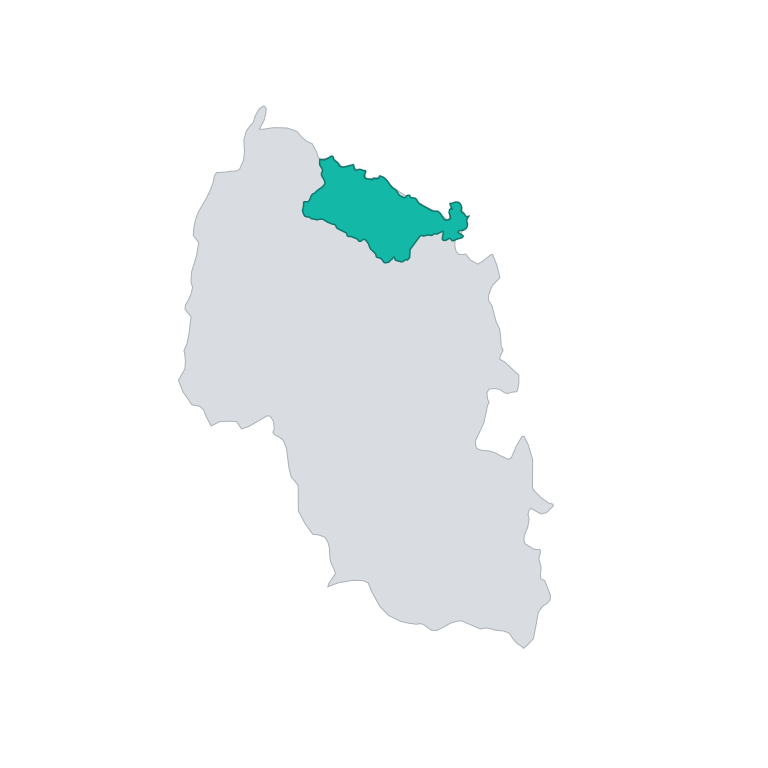 Czechia, with Ústecký highlighted, rotated 54°
{"feature_id": "CZE-10368", "entity_name": "Ústecký", "entity_type": "Region", "adm_level": 1, "iso_a3": "CZE", "parent_name": "Czechia", "parent_adm1": "", "projection": "mercator", "projection_center": [13.915, 50.559], "detail": "fine", "context": "in_parent", "style": "filled", "palette": "teal", "viewbox_px": 768, "rotation_deg": 54, "n_neighbors": 0, "source": "natural_earth", "source_scale": "10m", "svg_char_len": 6787}
<svg xmlns="http://www.w3.org/2000/svg" viewBox="0 0 768 768"><g transform="rotate(54 384 384)"><path d="M679.9,426.5L677.7,426.7L672.7,428.7L666.2,429.5L659.2,429.1L653.8,432.7L648.7,438.6L643.4,442.6L640.5,446.3L638.9,450.0L621.0,460.6L618.5,465.0L616.5,471.0L615.7,479.2L614.4,486.4L611.3,490.3L601.7,493.5L599.3,495.3L597.4,499.0L592.0,504.7L585.7,510.1L574.0,516.3L561.5,518.1L545.1,516.1L535.6,513.7L531.0,516.4L524.6,524.4L517.8,538.2L515.0,548.6L512.8,545.7L508.9,534.7L504.4,533.3L498.4,532.2L493.9,530.6L484.1,524.3L479.0,522.4L473.3,521.8L467.7,525.6L463.6,530.0L450.6,529.9L436.3,527.9L416.0,513.3L410.7,513.1L405.0,513.8L396.2,510.3L378.9,500.8L370.8,498.6L365.7,500.0L361.1,502.1L357.7,502.3L355.8,499.2L349.4,495.4L343.0,495.0L341.1,497.3L338.9,518.2L336.7,525.7L327.9,525.3L324.7,528.9L317.8,538.9L316.4,548.6L304.4,546.7L298.7,545.1L293.6,546.3L288.0,551.6L272.4,551.3L260.1,548.1L254.8,536.2L249.1,531.4L242.0,527.2L239.5,526.3L235.6,519.7L228.1,511.6L216.1,500.5L206.7,501.1L203.2,498.1L201.7,494.1L197.7,487.0L193.3,482.1L188.0,480.2L180.3,473.9L170.1,460.3L160.7,450.8L151.6,450.9L145.8,446.0L140.0,439.5L135.7,433.1L129.0,417.8L124.1,409.0L120.3,403.6L116.0,399.0L114.5,395.4L119.7,387.2L121.6,383.1L123.9,380.0L125.2,376.7L125.1,374.2L120.4,366.1L113.9,360.2L104.5,354.2L98.4,346.7L96.2,339.7L95.6,335.9L91.4,330.8L88.1,323.2L88.1,318.6L88.9,317.4L92.0,317.4L95.5,320.5L100.5,326.5L104.5,335.2L107.0,331.8L111.7,322.6L119.9,312.0L128.4,306.0L136.0,305.5L142.2,303.9L147.4,300.9L156.4,302.1L162.9,304.2L165.1,302.9L167.7,297.4L169.4,292.7L183.9,289.9L188.8,280.7L191.6,280.8L194.8,279.4L197.9,276.0L200.9,274.5L203.2,276.2L206.3,277.4L209.5,275.2L214.2,264.7L216.8,263.0L229.5,261.4L246.9,255.2L255.6,249.7L264.2,246.7L273.5,241.3L288.2,236.1L288.9,234.0L282.0,228.6L279.8,225.2L278.2,221.7L280.6,217.9L283.8,216.7L288.0,218.3L300.3,220.6L303.7,222.8L304.9,228.3L308.0,233.3L310.5,233.9L309.6,242.1L313.5,245.3L319.3,247.8L323.0,247.3L325.8,243.9L326.8,241.6L334.4,241.3L342.0,237.8L342.7,232.1L342.2,221.5L343.0,220.0L354.6,223.0L366.2,227.8L367.9,238.3L371.0,243.5L374.6,248.2L378.2,250.3L384.3,250.7L400.1,256.9L407.7,258.2L415.4,262.5L422.0,266.9L426.8,267.8L429.0,272.6L431.9,275.9L437.1,273.4L456.1,269.8L462.9,274.6L467.5,279.6L468.2,281.2L465.7,285.6L464.6,289.0L462.6,291.3L456.1,293.7L452.4,297.6L449.8,301.9L451.6,305.9L456.9,309.0L460.6,309.7L462.1,312.7L474.1,326.0L483.7,343.3L487.4,346.0L490.9,346.7L495.0,344.1L499.7,338.5L505.2,334.4L509.9,332.3L518.2,327.5L518.5,324.4L511.6,312.7L507.6,303.1L508.6,301.4L517.4,302.9L532.4,308.1L555.5,325.1L559.7,325.1L567.8,323.8L576.6,321.1L580.7,317.9L582.3,319.1L583.6,328.4L581.3,333.5L570.8,338.4L571.4,340.9L574.1,344.1L578.9,346.2L584.6,352.2L588.6,359.1L592.1,362.3L595.9,363.8L605.4,360.1L608.2,357.2L609.4,355.2L611.2,355.6L614.6,359.0L615.6,361.0L624.9,364.8L630.2,369.5L633.7,371.7L637.5,369.6L652.2,373.3L656.2,376.4L657.5,381.6L656.8,384.8L659.1,393.0L677.7,412.5L679.7,422.5L679.9,426.5Z" fill="#d9dde1" stroke="#a8b0b8" stroke-width="1"/><path d="M283.8,216.4L287.1,217.5L287.7,218.1L288.2,218.8L288.8,219.6L289.7,220.1L290.7,220.1L293.1,219.1L296.3,219.2L297.3,218.7L298.1,216.8L298.6,218.0L298.8,218.8L299.1,219.6L299.9,220.8L301.0,221.6L303.4,222.2L304.4,223.0L305.5,224.3L306.2,225.4L306.4,226.8L306.3,228.9L305.6,230.5L304.5,232.5L304.1,234.2L305.1,235.0L309.9,233.0L311.0,233.0L311.5,234.6L311.0,236.5L309.5,240.0L309.2,242.4L309.1,242.8L308.9,243.6L308.6,244.1L308.3,244.4L307.9,244.7L305.2,244.9L304.9,245.2L304.6,245.7L304.4,246.4L304.3,248.5L304.0,249.6L303.5,250.5L303.0,251.2L302.3,251.6L301.6,251.8L300.8,251.6L296.3,246.9L295.6,246.6L295.2,246.7L294.8,247.4L293.8,253.1L292.7,254.2L292.3,254.7L292.0,255.3L291.9,256.0L291.9,257.5L291.8,258.1L291.5,258.6L289.6,260.4L289.2,260.9L287.6,265.1L286.3,265.9L285.9,266.3L285.6,266.8L285.5,267.5L285.6,268.2L290.5,283.8L296.8,289.0L297.5,292.1L296.9,292.5L296.6,293.0L296.3,293.6L296.2,294.0L296.1,294.7L296.1,295.5L296.0,296.6L295.7,297.7L295.5,298.1L295.4,298.3L294.8,298.7L294.1,299.1L291.6,301.3L290.8,301.7L290.3,301.9L289.8,301.9L289.4,301.8L288.2,301.2L287.5,301.1L287.2,301.4L287.1,301.9L287.2,302.5L287.6,303.7L287.8,304.2L287.8,304.8L287.7,305.6L287.7,306.1L287.8,306.6L288.1,307.5L288.2,308.0L288.2,308.5L288.2,308.8L287.7,309.5L287.6,309.8L287.4,310.4L287.1,311.1L286.4,312.1L285.7,312.5L285.0,312.6L283.5,312.5L281.0,312.7L280.3,312.9L279.6,313.4L277.7,315.0L277.1,315.3L276.6,315.4L273.7,314.3L266.8,315.5L265.1,315.3L263.0,314.6L260.9,314.1L257.2,314.3L256.1,314.5L255.4,314.8L255.1,315.4L254.9,316.0L254.8,316.8L254.8,317.4L254.9,318.2L254.8,318.7L254.7,319.2L254.1,320.0L253.5,320.3L252.7,320.4L251.5,320.3L250.7,320.6L245.5,323.9L245.0,324.5L244.4,325.2L243.9,325.8L243.0,326.5L242.3,326.6L241.7,326.4L241.1,326.0L240.4,325.7L239.6,325.7L231.3,330.1L229.7,330.5L229.3,330.5L228.9,330.4L228.4,330.1L227.8,330.0L226.9,330.0L226.1,330.2L225.5,330.6L225.2,330.9L224.4,331.7L220.6,334.2L215.5,336.3L214.5,336.9L214.0,337.5L212.8,339.3L212.0,341.3L211.1,342.4L210.1,343.1L207.8,345.4L207.0,345.8L205.6,346.2L204.5,346.8L203.6,348.1L201.7,349.4L200.5,349.4L196.6,348.4L195.8,348.0L195.2,347.4L194.2,346.1L193.4,345.2L192.4,344.2L190.6,342.9L189.9,342.2L189.6,341.8L189.8,341.2L190.0,340.9L191.2,339.3L191.6,338.7L191.9,338.1L191.7,337.0L191.1,335.5L189.2,332.6L188.6,331.2L188.3,330.1L188.5,329.5L188.7,328.8L188.8,328.1L188.6,326.6L188.3,324.9L188.2,323.3L188.2,322.4L188.3,319.4L188.3,318.2L188.1,317.0L187.7,315.2L187.3,314.3L186.7,313.7L185.4,312.9L182.9,312.3L180.2,312.2L178.0,311.7L176.9,310.9L176.3,310.0L175.7,308.8L175.2,308.3L174.7,307.8L169.0,307.2L167.5,306.3L164.5,303.9L166.4,302.0L167.7,300.5L168.3,298.0L168.8,292.4L169.6,291.8L170.3,291.7L171.0,291.8L171.7,292.3L172.5,292.6L173.3,292.6L174.1,292.6L174.9,292.4L177.4,291.5L182.0,291.8L184.2,290.1L185.5,287.8L188.4,280.0L190.1,280.2L191.5,281.2L193.0,281.8L194.8,280.9L195.7,278.1L196.2,277.2L199.5,274.9L200.1,274.3L200.1,273.8L200.4,273.6L201.4,274.0L201.9,274.5L203.1,276.6L203.7,277.4L205.7,278.3L207.3,277.9L208.8,276.5L210.3,274.6L211.2,274.1L211.7,273.5L211.8,272.7L211.3,271.6L212.7,270.4L213.9,268.9L214.3,267.1L213.2,264.9L216.8,262.8L220.8,262.0L228.7,262.0L230.4,261.7L233.7,260.5L235.6,260.3L239.7,260.7L241.2,260.4L243.8,258.8L244.3,258.8L244.8,258.6L245.4,257.8L245.5,257.0L245.3,256.1L245.1,254.9L245.5,253.5L246.3,252.5L247.1,252.5L247.9,252.8L249.0,252.6L249.9,251.9L251.3,250.2L252.2,249.5L253.9,249.2L257.1,249.6L258.8,249.5L272.5,243.2L273.6,242.2L275.2,239.7L276.1,238.8L279.3,238.1L286.2,238.7L288.8,236.5L289.3,233.0L286.9,231.6L283.7,230.7L281.5,228.5L281.5,227.0L282.3,226.5L282.4,226.2L280.7,225.5L277.7,225.1L276.7,224.4L277.7,223.0L278.9,219.0L281.0,216.8L283.8,216.4Z" fill="#14b8a6" stroke="#0f766e" stroke-width="1.5"/></g></svg>